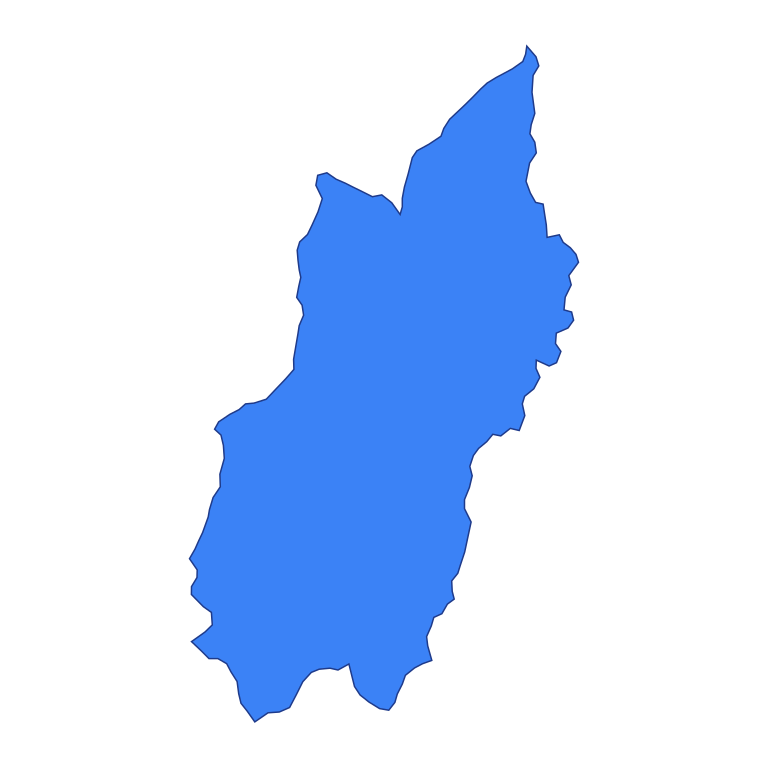 Itaguaru, Goiás, Brazil
{"feature_id": "56859067B43466289017785", "entity_name": "Itaguaru", "entity_type": "district", "adm_level": 2, "iso_a3": "BRA", "parent_name": "Brazil", "parent_adm1": "Goiás", "projection": "mercator", "projection_center": [-49.61, -15.762], "detail": "fine", "context": "isolated", "style": "filled", "palette": "blue", "viewbox_px": 768, "rotation_deg": 0, "n_neighbors": 0, "source": "geoboundaries", "source_scale": "gbopen_adm2", "svg_char_len": 2268}
<svg xmlns="http://www.w3.org/2000/svg" viewBox="0 0 768 768"><path d="M209.0,658.6L217.9,658.6L226.7,663.7L231.0,671.9L237.1,681.5L238.7,693.7L241.0,703.3L247.1,711.0L254.8,721.9L268.0,712.8L279.3,712.0L289.6,707.5L296.4,694.5L302.8,681.7L311.3,672.4L319.2,669.2L330.0,668.2L338.0,670.0L348.9,664.0L354.5,686.5L360.1,695.0L368.9,702.0L379.6,708.6L388.8,710.2L394.9,702.4L397.3,694.0L402.3,684.1L405.4,675.3L414.6,667.9L422.6,663.7L431.8,660.4L427.7,645.8L426.6,636.6L431.3,625.9L433.8,617.4L441.9,613.7L447.4,604.1L454.2,599.1L452.2,591.3L451.7,580.9L457.8,573.3L460.3,565.3L464.7,552.0L467.8,537.4L471.1,522.0L464.5,508.7L464.5,499.6L469.4,487.5L472.2,475.8L469.8,466.4L473.4,455.5L478.6,448.4L486.7,441.7L492.8,434.3L500.8,435.9L510.3,428.4L519.2,430.5L524.8,415.6L522.3,403.9L524.6,396.3L533.8,388.8L539.9,377.3L536.0,368.4L536.3,360.1L549.1,366.0L556.5,362.7L560.9,351.4L555.5,343.6L556.3,333.1L568.0,328.0L573.6,320.2L571.6,312.0L564.0,309.9L565.2,297.2L571.2,284.9L568.8,275.6L578.5,262.3L576.0,254.4L570.4,247.8L563.2,242.4L559.3,234.8L547.1,237.4L546.3,224.9L544.8,215.3L543.1,204.1L535.6,202.4L530.3,193.0L526.0,181.3L529.6,163.0L536.3,152.9L534.8,142.2L529.9,133.8L531.2,124.7L534.8,113.4L532.0,92.3L533.1,75.4L538.8,65.9L536.0,56.8L526.8,46.1L525.6,54.3L522.8,61.5L512.3,68.9L496.2,77.5L487.2,83.0L480.8,88.9L471.9,98.0L465.0,104.8L459.4,110.1L449.7,119.2L443.8,128.4L441.0,136.2L429.0,144.2L416.9,150.8L412.3,157.6L408.2,173.8L404.4,187.1L402.3,198.3L402.3,206.9L400.1,214.5L391.8,202.8L381.8,194.9L372.4,196.7L363.2,192.1L352.8,187.0L345.3,183.2L336.1,179.2L326.9,172.8L317.7,175.3L315.9,185.3L322.3,198.6L318.0,211.9L312.0,225.2L307.5,234.5L299.7,241.9L297.2,250.2L298.0,260.2L299.2,269.8L300.8,277.4L298.8,286.2L296.7,297.4L302.1,305.2L303.6,315.2L299.2,325.6L298.0,333.5L295.5,348.1L293.6,359.3L293.9,369.4L285.7,378.8L277.2,387.7L266.3,399.2L254.0,403.1L245.5,403.9L239.1,409.6L229.9,414.3L218.7,421.8L214.6,429.2L221.0,435.1L223.4,445.4L224.3,458.4L219.9,474.2L220.3,486.8L213.1,497.5L209.5,509.5L208.2,517.0L202.6,532.6L198.7,540.8L195.0,549.1L189.5,558.7L197.2,569.9L197.0,577.5L191.5,586.6L191.4,594.5L203.4,606.7L211.4,612.4L212.3,624.9L205.0,632.0L191.5,641.6L200.8,650.4L209.0,658.6Z" fill="#3b82f6" stroke="#1e3a8a" stroke-width="1.5"/></svg>